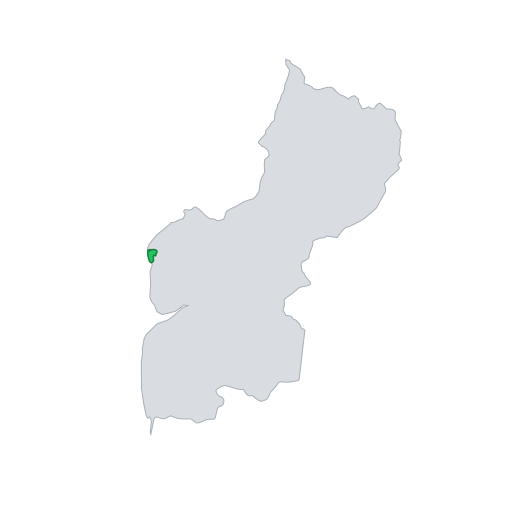 VI-2 East Canje/E.C.Berb, East Berbice-Corentyne, Guyana shown in context, rotated 225°
{"feature_id": "73187651B18433747523923", "entity_name": "VI-2 East Canje/E.C.Berb", "entity_type": "district", "adm_level": 2, "iso_a3": "GUY", "parent_name": "Guyana", "parent_adm1": "East Berbice-Corentyne", "projection": "robinson", "projection_center": [-57.388, 6.209], "detail": "fine", "context": "in_parent", "style": "filled", "palette": "green", "viewbox_px": 512, "rotation_deg": 225, "n_neighbors": 0, "source": "geoboundaries", "source_scale": "gbopen_adm2", "svg_char_len": 4483}
<svg xmlns="http://www.w3.org/2000/svg" viewBox="0 0 512 512"><g transform="rotate(225 256 256)"><path d="M169.0,238.2L158.9,225.3L148.6,212.4L138.6,199.7L137.9,198.0L142.1,191.9L145.9,187.6L149.1,185.1L150.5,182.9L149.4,173.6L149.5,170.3L148.0,166.6L147.0,162.5L148.3,159.1L149.8,156.7L151.8,155.8L156.5,155.0L159.8,154.6L161.0,153.3L162.9,151.7L165.4,151.6L170.4,152.7L172.6,150.6L176.7,147.8L185.9,143.0L188.0,139.9L189.4,135.0L189.3,132.7L188.3,131.9L186.1,131.1L182.6,131.0L179.8,132.2L176.9,131.5L174.5,128.5L174.3,126.0L175.8,122.5L175.0,120.2L170.4,112.8L170.4,110.8L173.7,107.5L175.6,104.7L178.2,97.9L180.3,95.7L186.7,94.9L188.3,93.4L191.6,89.9L196.4,85.8L203.4,82.6L205.4,76.6L206.7,75.0L212.3,71.9L213.2,70.2L213.1,68.8L204.2,55.5L206.0,56.4L212.9,65.1L216.7,67.0L217.5,67.0L217.5,64.7L221.1,65.7L230.1,71.6L243.4,81.4L262.1,99.9L267.4,106.9L271.0,110.3L276.5,118.3L278.1,122.3L278.0,138.0L273.0,148.6L271.8,156.6L271.5,167.2L268.7,173.3L272.5,170.0L273.7,160.4L276.9,154.6L281.1,148.2L286.7,146.6L292.7,149.4L297.6,149.8L301.9,151.7L311.0,162.0L319.9,170.0L323.2,176.5L332.6,179.8L338.2,184.9L340.0,189.3L341.1,200.9L339.3,218.4L339.8,219.3L337.2,222.7L336.8,224.9L335.1,228.8L333.8,230.9L335.7,235.7L337.8,235.9L338.6,236.6L339.2,237.5L339.1,238.5L338.2,239.5L336.2,240.6L334.3,243.4L334.4,246.5L333.2,248.1L329.3,248.9L321.7,248.9L317.9,249.2L314.9,249.7L313.0,251.7L310.5,253.1L308.5,253.4L306.7,255.7L305.0,259.0L305.6,261.2L307.4,264.2L308.4,267.3L307.0,272.3L305.5,276.1L304.6,279.0L303.4,284.7L300.5,290.9L298.4,294.4L298.4,298.2L299.5,303.7L305.5,311.6L307.4,315.4L309.1,321.4L314.5,326.2L317.9,330.1L317.6,335.2L318.0,336.8L320.1,338.1L322.7,339.1L325.5,339.0L328.1,338.6L328.7,337.8L334.5,337.8L335.2,339.0L335.5,346.4L335.8,349.4L337.2,350.6L338.0,352.4L338.1,354.0L338.3,358.2L339.2,360.3L339.1,364.7L339.7,366.3L341.3,367.4L343.3,370.6L344.1,371.0L344.5,372.1L346.3,376.6L347.2,377.9L347.8,378.1L348.0,379.7L349.3,383.9L350.2,384.9L351.8,388.0L352.5,391.3L354.6,395.1L356.9,397.8L357.9,400.5L360.7,406.6L363.4,410.9L367.1,412.0L370.2,412.6L372.2,414.3L374.1,416.1L372.0,416.9L370.2,418.0L367.7,417.1L364.1,417.6L360.4,418.8L357.0,419.4L350.6,417.5L348.7,417.2L347.4,416.4L344.7,412.6L343.4,412.1L340.0,413.9L335.9,415.1L333.9,414.9L331.5,416.2L329.3,417.9L325.1,425.3L322.9,427.9L320.5,429.1L315.8,429.0L310.8,429.3L307.1,431.1L303.6,432.0L301.8,432.1L301.2,436.1L300.4,438.0L299.3,439.1L296.6,439.4L294.1,439.3L292.7,437.6L289.9,436.7L287.4,436.1L285.9,435.2L284.6,435.4L283.5,437.1L282.7,438.5L281.9,441.2L278.2,442.0L276.6,443.5L277.5,448.5L277.1,450.4L276.3,451.9L271.8,452.2L268.0,452.1L265.8,454.0L263.1,456.1L261.4,456.5L259.4,456.4L256.8,453.9L254.3,450.9L248.0,448.7L241.7,447.0L237.5,442.1L236.6,439.7L234.6,438.7L229.7,433.0L227.0,429.3L224.1,428.3L220.7,426.8L220.8,424.1L220.6,421.5L219.2,420.5L217.1,419.8L216.4,418.3L216.6,415.0L217.0,406.3L216.4,397.9L211.9,395.1L210.0,393.1L206.5,380.8L204.9,375.3L204.9,371.1L206.0,358.9L207.3,353.5L210.8,342.9L212.8,339.3L212.9,336.6L212.7,333.1L211.7,326.3L217.6,322.0L220.2,320.1L220.6,317.3L223.7,313.6L225.1,310.1L226.3,307.4L226.0,305.9L224.6,305.1L223.0,302.5L219.6,295.0L218.3,293.5L217.3,291.4L217.8,288.1L219.2,284.5L219.0,283.0L217.0,281.0L212.7,277.8L209.2,277.6L206.5,276.4L202.6,276.2L199.4,275.9L197.6,274.7L197.9,272.7L198.7,271.1L201.4,267.4L203.2,263.4L203.4,259.4L204.0,254.2L204.8,249.7L205.2,244.7L201.0,241.3L199.7,238.6L197.9,236.2L196.0,236.2L193.1,235.1L188.6,238.3L185.1,237.7L182.6,238.9L177.0,238.7L173.4,237.1L169.0,238.2Z" fill="#d9dde1" stroke="#a8b0b8" stroke-width="1"/><path d="M329.9,189.6L330.3,189.6L330.7,189.4L331.2,189.2L331.7,189.2L332.1,188.9L332.5,188.5L332.8,188.3L333.2,187.9L333.5,187.6L334.1,186.9L334.4,186.4L334.5,185.9L334.5,185.5L334.6,185.0L334.8,184.5L335.3,184.6L335.4,185.1L335.7,185.4L336.0,185.0L336.1,184.4L336.2,183.9L336.4,183.4L334.9,181.9L334.3,181.4L334.0,180.9L333.4,180.5L333.0,180.1L332.3,179.8L331.9,179.4L331.4,179.2L330.4,178.3L330.0,178.1L329.6,178.0L329.2,177.9L328.9,177.8L327.8,177.0L327.3,176.9L325.9,176.9L324.9,178.0L325.0,178.5L325.0,179.1L325.0,179.6L325.1,180.1L325.4,180.5L325.9,181.0L326.3,181.3L326.7,181.6L327.0,181.9L327.5,182.3L327.9,182.7L328.3,183.1L328.6,183.6L328.6,184.0L328.6,184.5L328.3,184.7L327.8,184.7L327.4,184.8L327.1,185.3L327.3,185.7L327.6,186.0L328.1,186.4L328.4,186.8L328.4,187.4L328.4,188.0L328.7,188.4L329.0,188.9L329.2,189.2L329.9,189.6Z" fill="#22c55e" stroke="#15803d" stroke-width="1.5"/></g></svg>